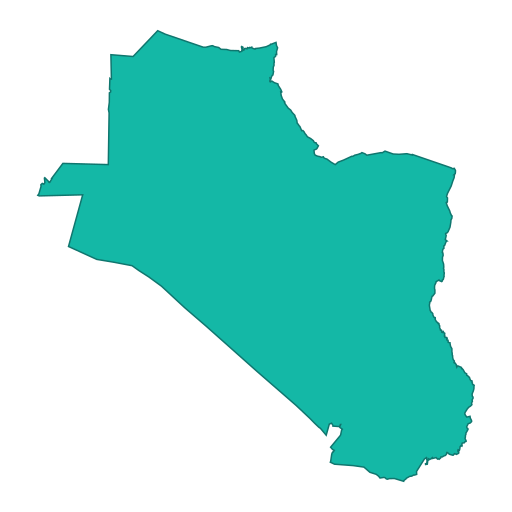 outline of Villa García, Zacatecas, Mexico
{"feature_id": "50627088B46561394419129", "entity_name": "Villa García", "entity_type": "district", "adm_level": 2, "iso_a3": "MEX", "parent_name": "Mexico", "parent_adm1": "Zacatecas", "projection": "equal_earth", "projection_center": [-101.841, 22.125], "detail": "fine", "context": "isolated", "style": "filled", "palette": "teal", "viewbox_px": 512, "rotation_deg": 0, "n_neighbors": 0, "source": "geoboundaries", "source_scale": "gbopen_adm2", "svg_char_len": 6026}
<svg xmlns="http://www.w3.org/2000/svg" viewBox="0 0 512 512"><path d="M330.3,462.2L334.5,464.2L353.2,465.6L363.9,467.1L369.9,472.3L376.2,474.3L378.6,476.2L380.0,478.0L384.0,477.4L385.2,477.8L386.3,478.9L387.5,479.2L389.3,478.6L394.4,478.5L403.7,481.3L403.9,480.5L406.0,478.9L406.3,478.3L409.6,476.4L411.8,476.1L413.7,475.0L414.4,475.1L416.7,474.4L416.5,471.5L424.4,459.0L426.4,457.7L426.7,459.3L427.1,459.4L426.9,460.2L427.6,460.7L427.6,461.3L426.9,461.7L426.8,463.4L425.5,463.7L425.6,464.5L427.3,464.2L427.8,460.5L429.1,459.7L428.8,458.9L429.8,459.4L431.6,458.5L431.6,458.2L432.3,457.7L432.4,458.5L436.2,457.6L437.5,459.1L438.4,458.8L439.1,459.3L440.7,457.9L441.0,456.9L442.4,456.9L443.7,456.0L445.5,455.4L446.6,453.9L446.8,452.5L447.3,452.5L448.9,453.7L449.2,454.2L452.7,455.2L453.4,455.1L454.4,453.6L454.7,453.6L454.9,454.0L456.5,454.1L456.6,454.3L458.6,453.3L458.8,452.5L457.8,451.2L457.9,450.4L458.1,449.7L458.5,449.8L459.0,450.9L459.3,450.6L459.7,449.4L460.1,446.7L460.8,445.8L461.1,445.7L461.9,446.2L462.1,445.8L461.9,444.1L462.2,443.1L464.3,442.8L465.0,441.7L466.1,441.4L466.1,440.8L465.0,438.4L465.4,437.1L465.4,435.5L465.9,434.4L466.0,432.8L467.0,431.4L467.4,430.1L467.9,429.8L468.0,429.1L467.8,428.5L467.2,428.2L466.8,427.5L466.7,426.7L468.2,423.7L470.2,423.0L471.6,421.6L471.6,421.1L471.5,420.4L470.3,418.1L470.0,416.3L466.8,417.1L465.4,415.2L464.8,413.9L465.0,412.6L467.3,408.9L468.8,407.2L470.5,406.1L471.9,404.7L471.6,403.7L471.7,402.7L472.4,401.3L472.1,400.0L473.1,398.0L472.9,396.8L472.3,396.2L472.1,394.0L473.3,391.0L473.9,388.8L474.0,386.0L474.2,385.5L473.7,384.8L472.9,384.7L472.5,384.0L472.4,382.9L472.0,382.6L472.1,381.4L471.9,380.8L470.8,380.6L470.1,379.4L469.4,377.2L468.9,377.1L467.8,375.8L466.7,375.3L466.7,373.9L464.8,372.7L463.3,369.9L462.2,368.6L461.7,368.7L461.4,367.4L457.9,365.9L457.2,366.4L456.8,367.1L456.4,365.7L456.5,365.1L455.6,363.7L455.0,362.9L454.4,363.0L454.0,362.6L454.4,361.1L453.2,359.6L452.7,357.6L452.6,355.6L452.2,354.8L452.2,353.1L451.9,351.9L451.9,348.7L450.6,346.4L450.0,343.5L450.1,342.9L448.2,342.3L448.1,340.7L447.9,340.1L446.9,340.0L446.7,339.6L447.2,338.4L447.1,338.1L446.7,338.2L446.6,337.5L445.6,337.3L445.1,337.5L444.5,336.4L444.9,335.9L444.4,335.2L444.8,333.8L444.6,333.1L443.9,332.9L443.3,331.6L442.4,332.5L441.7,332.2L441.8,331.0L441.6,330.3L441.2,330.0L440.5,330.2L440.1,328.6L439.6,327.7L439.7,325.9L439.0,324.6L439.0,323.7L438.5,323.2L438.1,323.4L437.3,322.2L436.6,321.9L435.2,319.5L435.1,318.8L435.3,318.3L435.2,317.6L434.0,317.3L432.9,315.1L432.8,313.7L431.8,312.4L431.0,312.1L430.8,311.2L430.2,310.6L429.4,305.7L429.4,304.6L429.7,303.6L429.6,302.6L430.0,301.7L430.6,301.6L431.2,300.1L431.9,296.8L432.2,296.2L432.7,296.1L434.9,293.2L434.9,289.9L434.5,288.5L434.6,285.9L434.8,285.0L435.9,282.8L436.1,281.7L438.9,280.0L439.0,280.5L441.7,281.6L442.3,281.0L442.4,280.0L443.0,279.7L443.4,279.1L443.8,277.1L444.1,276.7L444.0,275.1L444.3,272.9L443.9,272.0L443.9,269.3L443.5,268.4L443.8,267.2L443.6,264.1L442.4,260.5L442.5,257.0L443.1,255.7L443.1,254.6L442.9,253.9L443.0,253.1L442.3,252.6L442.6,250.5L442.8,249.3L443.9,248.4L443.8,246.1L444.0,245.7L444.6,245.5L445.8,242.3L446.5,241.1L447.0,241.0L445.3,239.6L446.2,235.6L445.6,233.9L445.6,233.5L447.3,232.7L448.1,231.6L450.0,227.2L450.8,222.4L451.0,219.8L451.8,218.5L452.1,216.0L451.4,215.3L450.2,212.7L449.8,211.1L447.2,205.7L446.2,202.6L446.4,202.3L447.3,202.1L447.4,201.5L447.5,197.9L446.6,196.8L446.6,196.2L447.5,193.4L451.2,186.0L452.8,181.0L454.1,177.7L454.5,174.6L454.2,174.6L455.2,173.7L455.4,172.5L455.5,170.6L455.2,169.9L454.7,169.1L454.3,169.0L454.3,168.4L452.3,168.6L451.3,167.9L445.6,165.9L412.4,154.5L412.3,155.0L406.9,153.7L399.0,154.3L393.2,154.0L385.0,151.1L382.2,152.8L381.1,152.6L366.8,155.2L365.0,153.8L361.9,152.6L361.0,153.3L358.0,154.4L354.7,155.2L353.0,156.3L351.7,156.3L343.5,160.1L338.2,162.1L335.2,164.6L331.1,162.2L327.0,159.1L324.8,158.4L323.8,157.7L323.4,156.8L321.3,157.3L319.8,156.6L317.6,156.2L315.1,155.1L314.3,153.5L314.0,150.4L314.2,149.9L316.0,149.3L316.9,148.6L318.4,145.8L316.5,143.9L316.1,142.8L314.8,142.6L314.0,142.0L313.4,140.7L310.6,138.5L307.4,136.8L306.1,134.8L305.0,133.6L304.0,131.7L302.8,130.5L301.7,130.7L299.9,126.5L298.7,125.3L298.5,124.6L297.2,123.2L296.8,120.3L294.9,116.2L294.9,115.4L292.1,112.4L290.7,110.1L288.2,108.1L284.9,103.5L284.5,102.6L284.9,102.1L282.5,99.1L281.2,95.5L280.7,91.9L281.7,92.1L281.8,91.8L280.7,89.3L278.3,85.6L277.9,83.9L274.4,82.7L271.8,81.0L270.4,81.9L269.9,81.6L269.8,80.7L270.3,79.9L270.0,78.0L270.9,78.4L270.7,78.9L270.6,78.7L270.7,79.5L271.5,76.8L272.3,75.3L272.9,75.0L273.6,71.3L273.1,70.5L273.3,67.0L274.0,65.5L274.0,62.8L274.3,62.3L273.9,57.8L274.4,57.1L275.1,56.8L275.7,56.0L275.6,54.5L276.7,54.5L276.5,51.6L277.6,47.8L276.5,45.6L276.0,42.4L271.0,44.3L270.5,44.2L270.1,44.9L266.2,46.7L259.3,48.1L255.4,48.5L255.0,49.1L252.1,48.1L251.8,47.1L249.8,47.9L249.6,47.5L248.5,48.0L247.5,47.6L247.0,48.8L245.4,48.4L244.4,48.6L244.1,49.9L243.6,50.2L242.5,49.3L243.0,47.3L241.7,46.5L241.4,46.9L242.1,49.7L241.8,50.2L242.1,50.9L241.0,51.6L239.4,52.0L238.7,50.7L230.3,50.5L226.7,49.5L221.0,49.3L218.7,47.5L214.4,46.6L212.7,45.7L211.3,45.8L205.9,47.2L203.3,47.2L165.3,34.2L157.7,30.7L133.1,56.5L110.9,54.7L111.4,79.1L110.5,79.2L109.9,78.6L109.5,89.3L110.7,90.5L110.6,92.0L109.4,92.8L109.3,102.4L108.4,109.4L109.1,112.9L108.3,164.6L62.9,163.4L51.7,178.3L52.1,178.4L49.7,182.4L49.3,182.5L48.9,182.2L49.0,181.9L44.8,177.7L44.4,178.1L44.9,182.5L43.8,184.2L42.3,183.4L40.9,184.7L41.0,186.6L38.9,193.8L37.8,195.3L39.2,195.9L82.7,194.8L68.5,246.5L96.8,259.4L114.3,262.3L132.1,265.7L138.8,270.5L148.9,277.0L161.5,286.2L184.7,307.7L206.4,326.4L256.9,371.3L296.1,405.4L309.7,418.2L314.7,423.3L318.9,427.3L320.4,428.3L326.2,435.2L329.3,424.1L331.6,423.2L333.1,425.7L333.0,426.1L339.6,426.6L340.4,424.5L340.7,424.5L339.7,426.9L339.9,427.5L342.3,429.2L341.6,430.1L340.7,434.6L340.3,435.5L330.6,447.2L332.6,449.5L334.3,450.4L333.3,451.9L333.0,451.8L332.1,453.0L331.7,454.4L330.7,461.2L330.3,462.2Z" fill="#14b8a6" stroke="#0f766e" stroke-width="1.5"/></svg>